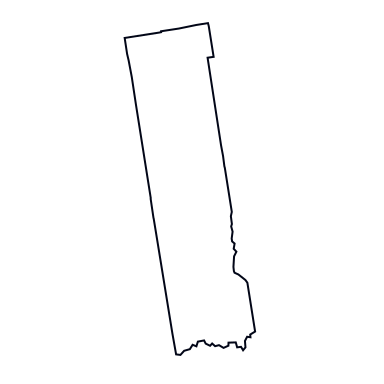 outline of Lewis, Washington, United States of America, rotated 81°
{"feature_id": "52423323B14198169594786", "entity_name": "Lewis", "entity_type": "district", "adm_level": 2, "iso_a3": "USA", "parent_name": "United States of America", "parent_adm1": "Washington", "projection": "natural_earth1", "projection_center": [-122.076, 46.588], "detail": "fine", "context": "isolated", "style": "outline", "palette": "ink", "viewbox_px": 384, "rotation_deg": 81, "n_neighbors": 0, "source": "geoboundaries", "source_scale": "gbopen_adm2", "svg_char_len": 967}
<svg xmlns="http://www.w3.org/2000/svg" viewBox="0 0 384 384"><g transform="rotate(81 192 192)"><path d="M217.9,155.8L173.3,155.8L171.7,156.0L161.4,155.7L150.6,156.0L61.8,155.6L61.9,149.5L30.9,149.5L27.7,149.8L27.7,161.7L28.5,179.4L28.4,197.4L29.3,197.5L29.4,199.5L29.3,234.4L45.5,234.5L52.2,234.0L69.1,233.5L96.9,233.7L191.6,233.7L192.1,233.9L211.6,234.1L212.3,234.0L232.3,233.9L328.9,233.5L349.9,233.1L351.1,228.9L347.6,224.6L346.9,218.7L343.0,215.3L345.1,211.8L340.7,209.6L340.5,203.3L343.9,202.2L346.7,198.2L344.8,195.8L347.9,193.3L347.5,189.3L350.9,185.2L349.5,180.1L346.5,179.5L347.4,172.3L352.5,171.7L352.6,167.8L356.3,166.3L353.8,163.5L347.4,163.0L343.6,160.2L344.6,157.0L341.9,156.8L339.7,151.5L290.3,151.5L287.3,153.0L280.7,159.1L278.4,162.6L276.7,163.0L272.5,162.8L262.1,160.5L257.9,157.5L254.6,159.7L249.6,158.0L247.1,160.1L244.2,160.1L237.5,158.1L232.1,158.7L229.9,157.6L222.0,157.4L217.9,155.8Z" fill="none" stroke="#020617" stroke-width="2"/></g></svg>